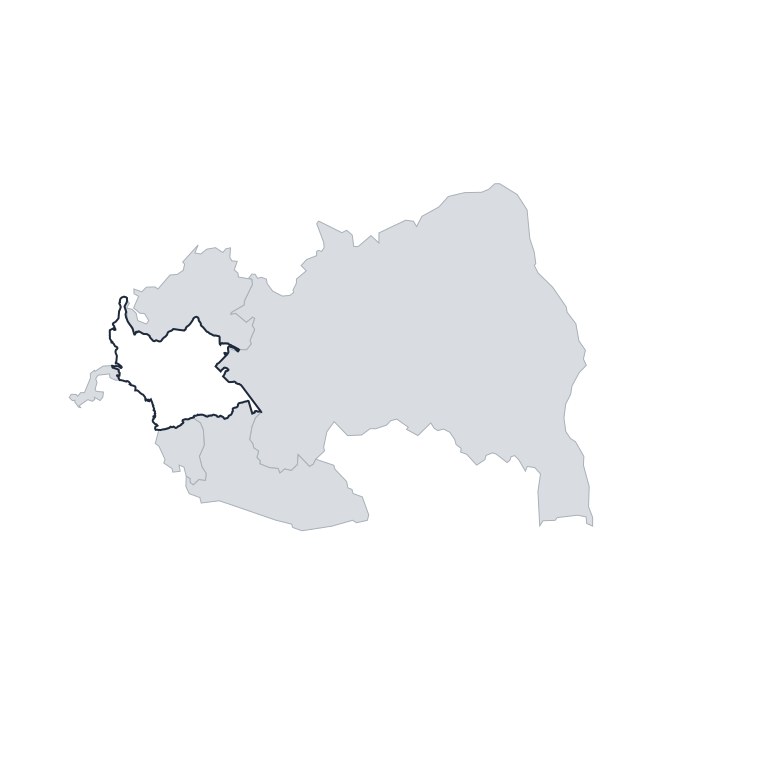 Colombia highlighted, Robinson projection, rotated 314°
{"feature_id": "COL", "entity_name": "Colombia", "entity_type": "country or territory", "adm_level": 0, "iso_a3": "COL", "parent_name": "South America", "parent_adm1": "", "projection": "robinson", "projection_center": [-72.763, 4.099], "detail": "fine", "context": "with_neighbors", "style": "outline", "palette": "slate", "viewbox_px": 768, "rotation_deg": 314, "n_neighbors": 5, "source": "natural_earth", "source_scale": "50m", "svg_char_len": 10905}
<svg xmlns="http://www.w3.org/2000/svg" viewBox="0 0 768 768"><g transform="rotate(314 384 384)"><path d="M426.7,632.8L424.5,626.7L428.8,621.6L424.0,614.3L408.2,601.4L404.8,601.8L396.1,593.4L390.1,594.6L413.6,569.4L428.0,559.1L428.6,550.5L424.2,544.3L419.5,546.3L423.1,533.8L423.3,527.8L420.0,525.9L416.5,527.6L413.0,527.1L411.5,513.1L409.8,509.9L403.6,507.0L399.7,509.1L390.0,507.0L390.9,492.4L388.3,486.4L391.3,484.2L390.5,478.1L393.2,473.3L395.0,464.9L393.0,458.2L387.9,455.1L387.0,450.9L388.5,444.7L370.5,444.2L367.0,431.7L369.8,431.5L367.6,417.5L362.2,414.3L356.2,414.4L346.0,409.1L342.3,405.1L331.7,403.3L321.6,393.7L322.3,374.3L309.9,376.1L296.6,384.5L294.5,387.7L282.5,387.1L277.2,388.9L272.9,387.7L273.6,371.3L265.8,377.7L257.4,377.4L253.9,371.6L247.6,371.0L249.6,366.4L244.3,359.8L240.3,350.1L242.8,348.2L242.8,343.6L248.6,340.5L247.6,334.7L250.0,330.9L250.7,325.9L261.6,318.6L270.7,314.9L279.2,315.4L283.8,281.2L282.3,275.0L278.0,271.1L278.1,263.3L283.5,261.5L285.4,262.6L285.7,258.5L280.1,257.4L280.0,250.6L298.5,250.9L301.6,247.2L306.2,256.9L307.9,255.6L313.2,261.3L320.6,260.6L322.4,257.3L333.4,253.0L334.5,248.5L341.3,245.4L340.8,243.1L332.7,242.2L331.7,228.2L327.5,225.4L329.3,224.4L343.9,228.5L346.6,225.9L364.1,220.2L367.5,216.1L366.2,213.1L371.2,212.6L373.4,215.1L372.2,219.8L375.5,221.5L377.7,226.5L375.0,230.3L373.5,239.4L376.7,249.9L382.6,254.9L387.2,255.4L388.3,253.3L395.6,251.0L398.7,248.1L411.4,249.5L411.6,242.1L419.9,241.9L429.5,246.4L432.5,243.5L434.6,244.0L435.9,247.0L440.5,246.2L444.1,242.1L452.5,224.3L455.8,223.8L463.6,248.6L468.7,250.4L469.0,257.8L461.9,266.7L464.8,269.9L481.7,271.6L481.9,282.4L489.2,275.4L516.9,285.8L521.5,292.1L519.9,298.1L531.0,294.8L549.4,300.5L563.6,300.0L577.6,309.0L589.7,321.0L596.9,324.1L605.0,324.6L608.4,328.0L612.8,348.2L608.6,366.0L589.8,388.0L583.4,400.2L576.1,409.5L573.7,409.8L570.9,417.7L570.8,437.9L566.0,461.6L562.9,465.8L560.6,480.2L550.4,494.3L548.2,505.4L540.5,510.1L538.0,516.5L527.9,516.5L513.1,520.6L506.3,525.4L495.8,528.6L484.5,537.1L476.1,547.8L474.3,555.9L475.5,561.8L470.8,578.0L464.1,583.9L452.8,602.8L437.8,616.4L433.0,626.7L426.7,632.8Z" fill="#d9dde1" stroke="#a8b0b8" stroke-width="1"/><path d="M279.2,315.4L270.7,314.9L261.6,318.6L250.7,325.9L250.0,330.9L247.6,334.7L248.6,340.5L242.8,343.6L242.8,348.2L240.3,350.1L244.3,359.8L249.6,366.4L247.6,371.0L253.9,371.6L257.4,377.4L265.8,377.7L273.6,371.3L272.9,387.7L277.2,388.9L282.5,387.1L290.7,404.4L288.6,408.0L287.9,424.8L284.2,430.2L285.9,434.2L283.7,437.8L287.7,446.8L279.2,464.0L274.4,466.7L265.0,460.5L264.2,456.1L245.6,445.3L221.4,426.9L217.4,418.0L219.0,414.9L210.9,400.8L185.6,346.6L171.4,335.2L174.4,330.4L169.8,320.1L172.7,312.6L180.3,305.8L181.4,310.3L178.7,312.8L179.0,316.8L186.7,317.1L190.7,322.5L196.1,318.1L197.9,310.8L203.7,301.4L215.1,297.2L225.5,285.9L228.5,278.9L227.1,270.7L229.7,269.7L243.4,282.7L249.0,294.0L256.1,295.3L261.4,292.5L264.8,294.3L270.5,293.4L277.8,298.5L271.6,309.4L274.5,309.7L279.2,315.4Z" fill="#d9dde1" stroke="#a8b0b8" stroke-width="1"/><path d="M208.4,175.7L207.3,177.3L209.5,183.6L207.7,186.8L204.6,186.1L203.4,191.3L200.2,188.2L198.2,182.4L200.6,179.5L191.7,172.2L187.6,172.9L185.6,176.6L179.7,179.7L178.8,182.0L183.3,187.8L179.3,190.8L174.9,191.3L173.3,184.9L172.0,186.7L168.9,186.1L167.0,181.8L156.6,179.8L156.3,182.1L155.2,180.5L156.2,174.2L157.6,173.0L155.6,171.4L155.6,167.0L159.3,166.1L162.7,169.9L162.4,172.2L167.1,171.8L169.7,174.5L184.2,168.8L187.4,165.6L192.7,166.2L192.3,167.3L201.8,169.5L208.4,175.7Z" fill="#d9dde1" stroke="#a8b0b8" stroke-width="1"/><path d="M359.8,204.9L367.5,216.1L364.1,220.2L346.6,225.9L343.9,228.5L329.3,224.4L327.5,225.4L331.7,228.2L332.7,242.2L340.8,243.1L341.3,245.4L334.5,248.5L333.4,253.0L322.4,257.3L320.6,260.6L313.2,261.3L307.9,255.6L305.0,244.9L299.0,238.7L303.9,233.4L298.9,220.6L299.6,212.9L303.4,203.4L300.1,201.6L284.0,203.4L277.3,194.1L271.8,192.8L259.6,193.8L257.3,190.0L255.0,189.1L255.0,178.6L251.7,171.2L246.8,170.5L250.6,156.5L257.0,149.4L259.4,144.1L265.5,142.3L265.2,144.8L259.7,146.1L262.8,150.9L262.7,156.6L258.5,162.8L262.1,171.4L266.2,170.7L268.3,162.9L265.3,159.1L264.8,151.0L276.6,146.6L275.3,141.5L278.6,138.1L282.0,145.7L288.6,145.8L294.8,151.9L295.2,155.4L313.8,154.4L319.3,159.2L326.5,160.6L331.8,157.2L331.9,154.5L354.9,153.7L346.9,156.9L350.2,161.9L357.8,162.8L365.0,168.1L366.6,176.7L371.5,176.4L375.3,179.0L367.8,185.3L367.0,189.2L370.3,193.2L362.1,197.0L362.3,202.0L359.8,204.9Z" fill="#d9dde1" stroke="#a8b0b8" stroke-width="1"/><path d="M227.1,270.7L228.5,278.9L225.5,285.9L215.1,297.2L203.7,301.4L197.9,310.8L196.1,318.1L190.7,322.5L186.7,317.1L179.0,316.8L178.7,312.8L181.4,310.3L180.3,305.8L185.3,297.7L183.3,293.0L179.6,298.0L173.9,293.3L175.9,290.3L174.2,280.5L177.6,278.9L182.9,265.2L182.3,260.8L194.0,254.2L205.3,260.2L207.6,264.8L215.7,266.3L218.4,264.6L227.1,270.7Z" fill="#d9dde1" stroke="#a8b0b8" stroke-width="1"/><path d="M265.6,141.3L263.6,142.3L259.6,143.4L259.1,144.1L256.8,148.5L255.0,149.4L254.3,150.0L252.6,152.4L252.2,153.6L251.0,156.1L250.3,159.3L249.6,163.7L249.1,165.0L247.6,167.4L246.3,169.7L246.2,170.1L246.5,170.4L247.9,170.1L249.2,169.4L249.6,169.6L250.1,170.7L250.6,170.8L251.1,170.7L251.6,171.0L252.9,176.2L255.2,178.8L255.5,179.8L255.8,182.0L255.0,183.3L254.7,187.1L254.7,188.1L255.0,188.8L255.5,189.2L257.2,189.7L258.4,192.7L259.1,193.4L260.2,193.8L262.8,193.4L264.3,193.4L266.6,193.9L267.5,193.8L268.6,193.8L270.5,192.9L271.2,192.7L272.0,192.8L273.1,193.3L274.5,194.0L275.7,194.3L277.0,194.2L277.3,194.4L283.6,203.1L284.3,202.9L284.7,203.0L285.1,203.4L285.8,203.2L286.8,202.5L288.3,202.3L290.2,202.8L292.7,202.8L295.8,202.3L297.8,201.9L298.5,201.4L299.8,201.4L301.3,201.9L302.1,202.5L302.5,204.2L302.2,205.2L301.2,206.3L300.7,207.6L300.6,209.2L300.1,210.4L299.2,211.2L298.9,212.3L299.1,213.8L299.0,216.0L298.6,218.9L298.6,220.6L299.0,221.1L299.2,221.9L299.1,223.0L299.3,223.9L299.8,225.1L300.4,227.5L301.0,228.5L302.0,229.3L303.8,232.3L303.5,233.1L303.4,233.3L301.8,234.8L298.8,237.9L298.6,238.3L298.6,239.0L299.5,238.6L300.9,239.0L301.1,239.3L301.3,240.1L302.1,240.6L303.0,241.5L303.8,242.5L304.7,243.4L304.9,244.0L304.7,244.6L305.2,246.0L305.5,246.5L305.7,247.0L305.5,247.6L305.9,248.2L306.9,251.0L306.9,251.9L307.2,252.3L307.4,253.4L307.9,254.5L307.8,255.2L308.0,255.9L306.2,256.4L305.9,256.1L305.9,251.7L305.6,250.8L303.4,246.6L303.0,246.3L302.4,246.3L302.0,246.4L301.5,246.8L301.0,247.2L299.0,249.8L298.4,250.1L297.9,250.3L297.4,250.2L296.9,249.8L296.0,248.0L295.4,247.7L295.2,248.0L294.8,249.2L295.6,250.6L284.7,250.6L284.0,250.5L283.3,250.2L282.6,250.0L282.2,250.0L281.6,250.4L280.7,250.4L280.1,250.7L279.7,250.7L279.6,257.7L280.2,257.5L280.6,257.5L280.9,257.7L281.8,257.5L283.3,257.7L283.6,257.9L283.9,257.9L284.3,257.6L284.8,257.8L285.3,258.2L285.9,259.4L286.2,259.8L286.2,261.0L286.1,261.4L286.3,262.0L286.1,262.3L285.1,262.3L284.8,262.1L284.3,262.1L284.0,261.9L283.8,261.6L283.3,261.2L282.7,261.4L281.7,262.0L281.3,261.9L280.9,262.1L280.1,262.6L277.7,262.9L277.6,270.6L277.8,271.2L279.0,272.5L279.9,273.2L280.6,274.0L281.4,274.3L281.7,274.6L281.9,275.1L282.1,276.0L281.8,276.9L281.9,277.3L282.2,277.7L282.6,279.0L283.5,279.9L283.5,280.9L283.8,281.5L283.9,282.0L283.8,282.5L283.6,284.4L283.2,286.6L278.7,314.3L278.5,314.7L278.1,313.9L277.3,313.2L276.6,312.7L275.9,310.9L275.0,310.2L274.6,310.2L274.2,310.6L273.6,310.8L273.2,310.7L271.2,309.8L277.5,298.7L277.6,298.2L277.3,297.7L275.9,297.2L275.4,296.6L274.8,296.3L274.3,295.9L273.3,295.5L272.8,295.2L272.1,295.0L271.5,294.3L269.5,293.0L269.0,292.9L267.6,293.3L266.9,294.0L265.9,294.3L264.9,294.2L264.5,293.8L264.0,293.7L263.4,293.1L261.6,292.3L261.1,292.4L259.4,294.2L258.7,294.1L257.9,294.7L257.1,295.0L255.5,295.3L253.3,294.4L252.4,294.9L251.5,295.0L250.8,295.0L250.3,294.9L249.8,294.3L248.2,293.6L248.1,292.9L248.5,291.5L247.8,288.8L247.6,288.4L247.2,288.2L246.4,288.3L245.5,287.8L245.0,287.3L244.7,286.8L245.0,285.7L244.7,284.7L244.2,284.2L243.9,283.3L243.4,282.6L242.7,282.2L242.0,282.2L241.5,282.0L240.9,281.2L240.3,280.9L239.7,280.2L238.5,279.9L237.8,279.6L237.0,278.3L237.1,277.8L236.8,277.4L236.2,275.4L235.8,274.7L234.3,273.1L233.0,272.3L232.6,271.3L231.7,271.3L231.2,271.1L230.6,270.8L229.4,269.6L228.5,269.6L228.0,270.3L226.3,269.5L224.8,268.4L223.3,268.1L222.3,267.5L220.9,265.7L220.5,265.4L218.6,264.4L218.2,264.3L217.5,264.7L217.2,265.0L217.1,266.3L216.5,266.6L215.4,266.5L214.7,266.2L214.2,266.2L214.1,266.4L213.9,266.5L213.3,266.4L211.6,265.9L210.6,265.3L210.1,265.4L208.9,265.2L207.9,264.9L207.6,264.5L207.2,262.2L205.9,261.7L205.5,261.3L205.0,260.1L203.8,260.2L201.8,259.4L199.2,257.8L197.3,256.2L195.7,255.3L195.1,254.5L194.0,253.4L193.7,252.7L192.4,251.6L193.0,250.2L194.6,249.2L196.7,250.0L196.9,248.4L196.2,247.0L196.3,244.3L196.5,243.7L197.1,243.0L197.8,242.5L198.2,242.4L198.9,242.6L199.3,242.1L201.0,242.3L201.5,242.1L202.3,241.4L202.8,240.8L203.1,240.0L203.4,239.7L203.9,239.8L204.0,239.5L204.3,239.1L205.3,238.1L205.3,237.7L205.0,236.7L205.1,236.4L206.4,236.0L207.7,233.1L208.3,233.0L208.6,231.7L209.4,230.5L211.0,227.0L210.5,227.0L210.1,227.5L209.7,227.4L209.2,227.2L209.3,225.6L209.0,225.4L208.3,226.6L207.6,225.4L207.6,224.6L207.8,223.9L207.8,223.4L206.7,223.7L206.8,223.3L207.5,222.8L207.8,222.3L208.3,221.7L208.6,220.9L209.0,218.2L208.8,217.6L208.5,217.0L208.2,214.4L208.3,212.9L208.2,211.8L207.9,210.8L206.6,209.5L208.6,208.0L209.4,206.8L208.5,204.5L207.3,202.6L207.2,201.4L207.6,201.5L208.0,201.5L208.3,199.0L208.2,198.3L207.6,197.0L206.8,197.0L206.0,195.5L205.6,195.1L205.3,194.1L204.1,192.2L203.2,191.2L203.9,188.9L204.5,188.5L204.7,187.9L204.5,186.5L204.5,186.2L204.8,186.0L205.1,186.3L205.5,186.9L205.9,187.6L206.2,187.9L206.7,187.6L208.4,186.1L208.3,185.6L208.5,184.7L209.1,183.9L209.7,183.7L209.9,183.2L209.8,182.6L209.1,180.9L208.5,180.0L208.1,179.1L207.9,178.3L207.3,177.6L207.5,176.8L208.1,176.0L208.2,175.8L208.5,176.1L209.3,177.6L210.6,178.6L211.9,180.2L212.4,181.4L212.8,181.6L213.2,182.0L213.0,182.3L212.6,182.6L212.5,183.2L212.8,183.6L213.0,183.8L213.8,183.7L214.2,182.9L213.9,179.6L213.5,177.9L213.0,177.4L212.5,176.8L212.9,176.3L213.7,176.0L214.7,175.5L218.7,172.3L220.0,169.3L221.0,168.2L222.2,167.5L223.6,167.7L224.7,167.3L225.0,166.4L224.7,165.1L224.3,164.3L224.7,163.2L225.2,161.5L225.1,160.0L225.7,159.2L225.5,158.8L224.7,159.5L224.1,159.8L225.5,157.9L226.1,155.7L226.6,154.8L228.1,153.6L228.4,153.0L229.6,152.0L231.5,150.0L232.3,149.4L236.0,150.7L237.1,150.7L236.9,150.9L236.4,151.0L235.6,151.3L235.4,152.1L235.9,152.9L236.5,153.1L236.9,152.6L237.4,151.1L238.2,149.5L238.4,147.8L238.9,147.2L239.7,147.0L242.2,147.7L243.3,147.7L246.8,147.4L252.3,142.9L254.9,142.0L256.6,141.0L257.6,139.2L257.9,137.8L258.6,137.3L259.4,137.3L259.8,136.9L259.9,136.5L261.9,135.3L263.0,135.2L263.9,135.2L266.1,136.2L267.2,138.1L267.3,139.4L265.9,140.7L265.6,141.3ZM201.1,241.7L200.8,242.0L200.3,241.5L200.2,241.0L200.5,240.6L200.9,240.7L201.0,241.1L201.1,241.7Z" fill="none" stroke="#1e293b" stroke-width="2"/></g></svg>